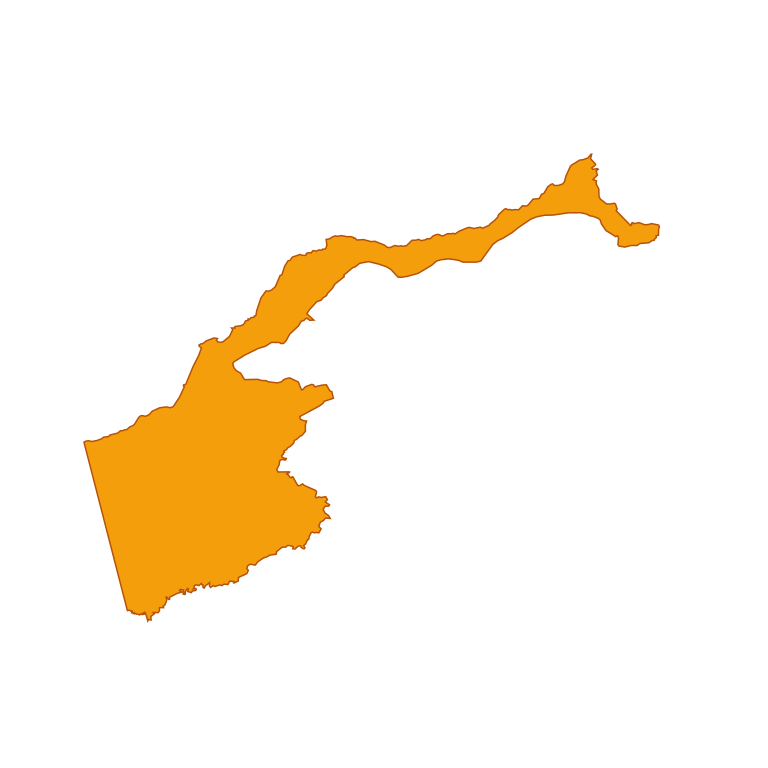 Nyasa, Ruvuma, United Republic of Tanzania, rotated 76°
{"feature_id": "72390352B51604936414420", "entity_name": "Nyasa", "entity_type": "district", "adm_level": 2, "iso_a3": "TZA", "parent_name": "United Republic of Tanzania", "parent_adm1": "Ruvuma", "projection": "equal_earth", "projection_center": [34.941, -11.007], "detail": "fine", "context": "isolated", "style": "filled", "palette": "amber", "viewbox_px": 768, "rotation_deg": 76, "n_neighbors": 0, "source": "geoboundaries", "source_scale": "gbopen_adm2", "svg_char_len": 6156}
<svg xmlns="http://www.w3.org/2000/svg" viewBox="0 0 768 768"><g transform="rotate(76 384 384)"><path d="M215.5,129.1L211.2,126.9L211.2,127.7L214.0,131.4L214.5,136.4L214.1,140.0L217.0,149.1L218.0,150.6L226.3,157.2L231.2,159.8L233.1,162.2L233.5,167.0L232.6,170.6L230.6,172.0L230.7,173.8L232.3,177.5L237.7,182.7L238.0,185.3L241.6,188.4L240.7,194.8L245.2,200.8L245.8,203.0L244.5,206.5L247.5,211.2L246.2,215.7L246.3,217.8L245.2,219.4L244.6,222.3L243.4,223.1L243.5,224.8L247.5,232.0L249.6,233.3L252.3,237.6L254.3,242.3L255.4,243.5L256.5,249.6L256.6,250.8L255.1,252.6L254.9,259.0L252.7,263.2L252.6,265.5L253.9,274.0L255.6,278.8L254.5,280.4L254.5,282.4L253.5,286.0L254.7,291.4L252.0,295.0L251.7,296.9L252.2,300.6L254.2,304.0L253.5,307.1L254.1,309.1L253.9,313.4L252.0,315.4L252.2,318.2L251.3,322.1L255.2,328.6L254.9,332.6L254.0,333.9L254.0,336.1L252.2,340.3L253.1,345.1L252.2,347.8L249.3,350.0L243.3,358.3L242.8,361.9L238.9,369.0L237.7,375.6L235.4,376.8L235.3,378.2L234.4,378.2L232.8,380.9L232.4,383.5L229.6,389.7L229.4,393.8L228.5,395.2L228.7,398.0L230.0,402.0L229.7,405.2L235.7,405.9L238.6,407.9L238.7,410.5L238.3,410.9L239.1,412.2L238.1,414.9L238.8,417.3L237.4,420.7L239.2,423.1L238.3,425.4L238.5,427.8L239.7,427.9L240.2,429.4L239.0,433.0L238.0,433.9L238.7,442.3L241.2,445.1L241.3,447.4L245.7,451.9L253.5,456.8L253.5,458.5L263.3,465.9L265.6,470.3L266.0,473.8L265.1,475.9L270.7,482.6L281.9,489.7L286.3,491.6L286.8,493.4L287.7,493.8L287.5,497.3L288.6,498.8L288.0,500.2L289.3,500.4L289.3,503.2L291.5,504.9L292.5,506.8L292.8,509.2L292.2,514.4L292.6,515.2L293.6,515.1L292.8,518.4L294.6,517.6L300.4,522.3L304.1,530.0L304.0,532.6L302.9,535.1L301.0,536.0L299.6,534.6L298.2,537.7L299.1,545.8L301.0,550.1L300.8,552.3L301.6,554.2L303.1,553.9L304.8,552.4L311.5,556.9L321.1,565.2L336.3,576.4L336.4,578.8L337.5,579.0L338.2,578.3L347.2,585.5L355.0,594.0L355.3,597.1L353.6,600.7L352.8,607.3L354.3,615.5L356.8,619.1L357.4,621.6L357.6,623.4L356.1,626.2L356.1,628.2L357.2,630.2L362.6,635.7L363.8,638.1L364.0,640.8L366.0,644.6L365.7,646.8L366.1,649.2L365.6,651.0L367.2,654.3L367.2,662.0L368.4,664.2L367.7,668.8L368.8,671.1L369.4,676.3L369.1,681.4L367.6,684.3L367.3,687.0L367.9,689.2L541.8,687.8L541.7,686.1L543.1,684.7L543.2,683.4L544.8,684.1L544.7,683.3L545.9,683.0L545.7,681.7L546.6,681.8L546.5,680.6L547.4,680.1L547.6,678.8L549.0,676.9L548.1,675.4L549.2,674.4L549.3,672.8L548.1,673.4L547.6,671.5L549.0,671.6L548.8,670.8L556.8,670.5L555.5,669.4L556.7,667.1L553.1,666.4L551.4,662.4L549.9,663.3L551.2,658.3L549.7,656.7L546.7,656.0L547.7,651.9L546.1,651.9L545.4,650.1L541.9,647.5L539.7,646.7L538.3,647.2L538.0,646.4L540.8,645.2L541.1,644.2L539.1,643.6L538.8,642.7L537.1,635.1L537.1,630.8L535.9,631.0L535.0,632.4L534.0,631.4L535.3,628.3L536.9,629.3L537.8,628.5L539.0,629.8L539.9,628.7L539.9,627.6L537.6,627.2L534.9,624.1L535.5,623.4L537.9,624.6L539.8,621.4L538.5,619.9L538.8,616.7L537.9,615.8L536.9,616.0L536.6,618.4L536.2,617.7L533.8,616.9L533.4,614.8L534.8,612.4L533.4,609.5L534.9,609.1L535.4,608.1L537.3,608.9L538.5,607.9L536.5,605.8L534.6,601.3L537.6,602.2L539.4,601.5L538.3,598.3L539.6,597.0L539.2,591.8L540.4,590.0L539.5,587.7L540.8,583.9L538.0,581.5L539.2,577.5L540.5,578.1L540.8,577.4L539.9,573.1L536.5,571.9L534.8,563.0L532.0,560.7L529.9,561.8L527.3,560.1L526.5,557.2L528.6,552.7L526.1,549.7L523.7,543.3L523.2,538.5L522.4,536.2L523.1,529.8L520.6,528.7L517.7,522.2L518.5,518.8L517.4,516.8L517.9,514.6L519.9,511.4L521.9,512.4L522.5,510.1L520.6,506.6L520.6,505.2L521.0,503.9L522.3,504.0L524.2,502.4L524.6,501.0L523.8,500.4L521.3,501.0L520.1,498.6L516.7,496.0L516.6,494.7L513.5,493.2L510.6,490.6L510.4,489.2L511.6,487.6L511.7,485.5L512.7,483.3L509.4,480.1L506.3,481.7L502.7,479.2L501.8,475.7L499.9,473.2L501.5,468.7L498.1,469.7L495.1,472.4L490.9,473.4L488.4,470.8L489.1,467.3L488.1,466.1L484.2,469.5L482.5,466.9L479.2,467.8L478.9,472.3L477.7,474.7L478.1,477.2L476.7,477.8L472.4,475.5L470.9,475.9L463.3,485.7L461.2,487.2L462.2,490.3L461.7,492.2L452.1,494.9L451.8,495.5L452.5,496.3L451.8,497.8L448.5,499.1L448.0,500.1L447.2,499.5L447.1,497.1L446.4,496.9L443.7,508.2L441.1,508.8L437.0,505.3L432.9,503.5L432.6,500.8L433.9,498.5L433.3,497.1L432.7,496.8L431.3,499.8L429.6,500.8L428.6,500.6L427.9,498.7L426.7,498.5L426.4,497.1L424.7,497.4L424.3,494.8L422.5,492.6L421.9,490.2L419.6,486.0L417.0,484.4L416.5,482.1L414.2,477.8L414.1,476.2L410.9,471.7L404.6,470.2L401.2,468.1L400.3,470.7L398.0,473.6L395.2,473.6L389.7,452.0L388.0,447.9L386.3,446.1L385.6,436.5L378.7,436.5L377.6,438.2L370.8,440.1L370.1,444.4L370.0,451.8L367.7,452.7L366.9,454.2L367.6,460.8L369.8,464.2L369.6,465.5L361.3,466.7L355.2,474.1L355.1,478.3L355.7,480.7L357.1,482.9L357.1,487.3L353.8,495.9L352.3,497.4L351.0,501.9L348.9,505.4L346.0,518.3L338.8,520.5L335.4,524.0L332.2,525.6L327.6,525.9L326.2,524.3L322.2,511.9L319.1,497.7L318.7,490.1L316.4,483.0L318.4,475.5L319.7,474.4L320.4,471.8L318.3,468.5L312.7,463.3L307.0,453.0L303.0,449.0L303.0,446.4L301.7,444.5L301.5,443.0L304.3,440.5L305.0,436.6L297.1,441.9L293.6,438.0L287.8,429.2L287.5,424.8L285.5,422.0L284.3,418.4L282.5,416.9L278.8,411.1L275.1,407.4L270.3,396.7L268.6,396.6L263.6,386.3L263.3,383.5L261.0,378.4L261.5,369.5L266.2,360.4L270.8,353.3L274.4,349.7L283.7,344.5L284.6,341.8L285.2,335.3L284.9,324.2L280.4,309.2L277.4,303.3L277.2,298.8L278.2,291.2L279.8,286.8L282.4,281.1L284.8,278.0L288.1,264.9L288.1,260.3L275.0,244.8L272.4,238.9L271.5,233.8L268.0,222.8L264.8,216.0L259.6,201.8L258.7,195.4L259.1,187.3L261.0,179.0L262.5,163.8L265.3,152.1L267.9,146.6L270.6,143.6L271.9,140.6L275.1,136.1L277.0,134.6L281.2,134.3L288.7,131.6L297.1,123.5L296.7,121.5L299.0,121.1L305.3,123.3L307.0,122.7L309.4,117.2L309.4,110.5L310.9,104.8L309.6,101.9L311.0,92.9L309.7,89.1L309.8,86.9L309.1,86.7L307.8,84.4L306.0,84.1L306.1,81.7L300.0,80.0L298.3,78.8L296.3,79.0L293.1,85.5L293.2,89.0L292.6,92.5L289.2,97.3L288.8,103.0L287.6,103.4L287.8,104.9L289.5,105.4L289.9,106.4L272.0,116.8L270.6,115.4L265.2,115.9L264.3,116.9L264.0,121.4L263.0,124.6L256.9,129.4L254.0,130.0L246.7,128.4L241.2,129.8L238.3,128.7L236.1,131.8L233.0,126.4L228.6,126.6L227.5,124.2L226.7,124.7L226.2,129.4L224.6,130.3L222.9,126.2L221.9,125.5L215.5,129.1Z" fill="#f59e0b" stroke="#b45309" stroke-width="1.5"/></g></svg>